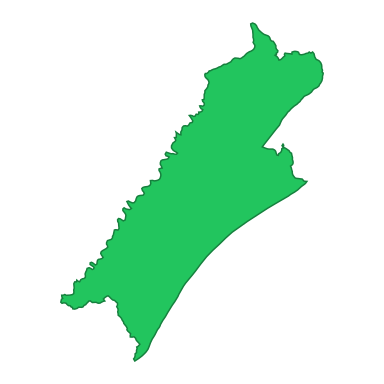 outline of Alto Paraguai, Mato Grosso, Brazil
{"feature_id": "56859067B7364247848985", "entity_name": "Alto Paraguai", "entity_type": "district", "adm_level": 2, "iso_a3": "BRA", "parent_name": "Brazil", "parent_adm1": "Mato Grosso", "projection": "albers", "projection_center": [-56.682, -14.768], "detail": "fine", "context": "isolated", "style": "filled", "palette": "green", "viewbox_px": 384, "rotation_deg": 0, "n_neighbors": 0, "source": "geoboundaries", "source_scale": "gbopen_adm2", "svg_char_len": 5933}
<svg xmlns="http://www.w3.org/2000/svg" viewBox="0 0 384 384"><path d="M283.4,147.4L281.8,148.7L281.7,150.5L280.9,152.1L280.0,152.9L278.8,153.6L278.2,155.4L277.0,155.1L276.1,152.9L275.7,151.3L274.6,150.0L272.9,149.1L271.4,149.1L269.3,149.1L267.6,148.9L265.5,148.2L262.3,146.9L264.3,144.2L276.3,128.9L278.6,126.2L279.5,125.1L280.9,121.8L282.0,119.6L283.0,118.3L285.7,115.2L287.8,112.1L289.4,110.8L290.8,109.1L292.2,107.8L294.3,106.0L297.0,104.2L298.3,102.9L300.0,101.5L301.1,99.8L302.3,98.6L304.1,96.4L305.4,95.7L307.7,94.7L309.3,93.8L311.5,92.0L312.9,90.0L314.4,88.7L315.7,88.2L317.2,87.4L318.9,86.0L319.7,84.2L320.6,83.1L321.9,80.8L322.5,78.1L322.5,76.2L323.0,74.5L323.2,73.1L322.1,72.0L322.5,70.2L321.8,68.3L321.8,66.7L321.6,64.8L320.6,62.5L319.1,60.8L318.0,60.2L316.2,59.4L314.8,57.0L314.0,53.7L312.6,52.0L310.9,53.1L309.2,52.0L308.0,53.1L306.1,53.4L304.4,54.2L301.4,54.8L299.4,54.4L298.5,52.2L297.1,51.6L295.0,51.3L293.7,51.5L292.0,52.1L291.9,54.1L290.6,53.8L286.5,53.4L285.1,53.1L284.4,54.2L284.8,56.0L283.3,57.1L281.8,58.7L280.7,59.6L279.0,60.1L278.3,58.3L276.9,56.5L275.1,55.2L276.4,54.5L276.2,53.2L277.5,52.5L277.9,50.8L276.4,49.0L275.9,47.8L275.9,45.7L274.5,43.2L273.2,41.3L271.5,41.0L270.4,39.7L269.8,37.8L269.1,36.7L268.0,35.8L264.3,34.5L262.9,33.6L261.4,32.4L258.8,30.0L257.3,27.6L256.4,25.5L255.0,24.0L252.6,23.0L250.7,23.9L250.9,25.9L252.6,30.1L253.0,34.3L253.0,37.4L253.5,38.8L253.7,40.7L253.1,42.4L254.9,45.4L254.8,47.0L254.0,48.8L252.5,50.3L250.7,51.3L249.4,51.7L246.6,53.5L244.0,56.3L242.7,57.1L241.5,58.1L239.9,58.7L238.3,58.3L234.9,58.0L233.4,58.8L232.1,60.1L230.9,61.8L226.2,64.3L224.0,64.3L222.7,65.1L220.8,66.5L218.8,67.1L217.3,68.0L215.3,68.8L213.9,69.1L212.1,69.8L210.6,70.7L209.2,70.9L208.4,72.2L206.8,73.5L205.3,73.5L204.8,74.7L205.1,76.7L206.5,78.5L207.7,79.4L208.5,80.8L209.0,82.3L208.7,83.8L208.0,84.9L207.8,86.8L206.6,88.7L204.9,90.7L204.9,92.7L204.2,94.4L204.2,96.2L204.2,98.0L203.9,99.5L202.3,99.8L202.7,101.4L203.9,102.6L204.3,103.9L204.0,105.4L202.4,106.3L201.1,105.8L199.7,105.9L200.2,107.4L201.2,108.8L202.8,109.6L202.0,111.3L200.5,112.0L198.7,112.1L198.9,113.4L198.1,114.4L196.2,114.2L194.9,116.3L193.4,116.4L192.3,115.7L190.6,115.3L189.3,115.5L190.5,117.1L192.8,120.8L192.3,122.4L189.9,123.0L188.7,125.1L187.4,126.1L185.3,125.7L183.5,126.0L182.2,127.5L181.9,130.1L180.8,132.0L180.9,134.8L179.5,134.5L177.9,133.5L176.0,132.1L176.4,133.6L176.2,137.5L174.5,137.6L175.8,140.1L175.1,141.4L173.0,142.9L171.5,145.8L171.5,147.9L172.8,149.9L174.3,151.1L175.5,151.7L177.5,153.1L176.5,154.2L174.8,154.2L173.0,153.6L171.3,153.8L169.3,153.2L166.3,152.2L165.2,154.1L166.1,155.9L167.5,156.2L169.1,157.0L167.9,158.8L166.6,159.2L163.8,159.7L162.3,159.9L160.9,160.9L160.3,162.9L160.4,164.5L161.3,165.9L162.1,168.1L160.3,168.4L159.0,169.0L159.1,170.6L160.2,172.3L160.7,173.8L160.9,175.1L160.6,176.7L160.1,178.3L159.3,179.4L157.8,180.2L156.4,180.6L154.5,180.9L152.4,180.4L150.4,180.6L150.8,183.5L150.1,185.2L148.9,186.0L147.7,186.5L144.7,186.9L143.0,187.4L141.8,188.5L142.5,190.7L143.5,191.7L144.3,193.4L143.2,195.2L139.9,195.5L138.1,196.0L136.9,197.0L136.2,198.7L135.6,200.9L134.1,202.7L132.5,202.9L130.2,202.0L128.4,201.0L126.9,201.5L128.6,204.9L130.0,206.9L131.4,208.5L129.7,209.6L127.6,209.3L125.8,208.9L124.1,207.8L122.9,208.9L122.9,210.6L124.1,212.1L125.3,213.7L125.9,215.3L125.2,219.9L123.3,220.9L120.1,218.8L118.6,218.5L117.6,219.6L117.7,221.4L118.6,223.1L118.7,225.2L119.1,228.5L117.9,230.1L115.9,229.7L114.4,230.0L113.3,235.1L112.5,236.3L112.5,237.7L111.5,239.3L107.5,240.6L106.6,242.5L106.5,244.1L107.3,245.3L107.8,247.1L106.2,248.6L102.4,250.7L101.1,251.9L100.7,253.5L101.6,255.2L103.1,257.4L102.0,258.5L100.1,259.1L98.4,259.4L97.5,260.3L97.1,262.1L97.0,263.9L95.4,265.0L92.6,262.8L91.4,262.3L90.2,262.8L90.1,264.5L93.3,266.7L94.1,267.6L93.6,268.9L92.2,269.5L90.8,268.4L89.1,267.7L87.1,268.4L86.5,270.6L85.7,272.1L85.1,274.0L85.4,275.8L85.3,277.5L84.0,278.5L82.4,278.8L80.8,279.7L79.6,281.8L77.9,281.1L76.8,280.1L76.4,281.8L74.7,281.9L73.8,283.8L74.2,288.1L73.7,290.0L73.9,291.8L73.7,293.6L72.3,294.6L69.9,295.1L66.2,295.3L64.8,294.5L63.3,295.2L61.7,295.2L61.9,297.0L62.7,298.4L61.5,299.2L60.8,302.2L62.0,303.3L64.0,302.8L66.0,303.2L67.1,304.5L68.4,305.6L70.3,305.8L71.1,307.0L72.4,307.4L72.8,308.9L74.8,309.1L77.1,308.4L78.7,307.2L81.8,307.3L83.0,306.9L84.1,305.3L85.7,304.7L86.6,303.4L87.8,302.4L88.6,301.2L90.3,300.9L92.3,302.5L96.0,302.3L98.1,303.2L100.0,303.1L101.5,302.2L103.4,301.3L104.8,301.0L103.4,299.0L104.9,297.5L106.9,296.2L108.2,295.8L109.8,297.2L111.3,298.8L112.8,300.0L114.6,300.4L115.8,301.7L117.5,303.1L117.5,305.1L116.7,306.7L117.9,308.6L118.1,310.3L117.7,311.8L118.1,313.6L118.2,315.3L119.8,316.5L121.4,318.3L122.4,320.5L123.4,321.7L123.8,323.4L124.8,324.7L126.2,326.4L127.3,328.4L126.9,329.8L127.9,331.2L130.6,333.7L130.2,335.3L130.3,337.0L132.1,337.1L134.0,336.8L135.6,338.3L136.1,339.9L137.0,341.1L139.9,344.2L138.2,346.2L136.7,347.0L137.1,348.4L136.5,350.3L136.5,352.6L135.1,353.8L135.1,356.0L134.6,357.6L133.6,358.9L134.8,361.0L138.8,358.4L142.2,355.8L144.7,353.4L146.1,351.9L148.0,349.2L149.0,346.8L150.5,342.7L152.2,339.1L153.7,336.8L154.9,334.8L157.4,329.8L159.1,327.6L159.9,326.2L160.5,324.5L162.8,320.4L165.3,316.8L167.8,312.4L172.2,305.3L174.8,301.6L177.9,296.5L178.9,294.2L183.5,286.1L185.6,283.1L192.6,274.7L195.6,270.9L200.8,263.9L206.6,256.7L212.9,250.2L219.4,244.2L225.7,238.0L232.2,232.2L247.4,221.4L267.7,208.2L275.6,203.5L288.5,196.0L290.6,194.4L294.7,192.0L297.7,189.9L301.4,186.5L303.3,185.1L304.6,184.2L305.7,183.1L306.9,181.4L304.1,181.2L302.1,179.0L300.7,178.9L298.9,178.6L296.8,178.4L295.3,178.1L293.9,176.5L292.7,174.6L292.3,173.0L292.3,171.6L291.7,169.7L291.3,167.9L290.5,166.1L291.6,165.4L292.7,164.2L293.1,163.0L293.0,161.3L292.4,159.5L292.5,157.5L291.9,155.3L291.5,153.2L290.0,152.3L289.1,150.7L286.2,148.7L285.0,148.0L283.4,147.4ZM283.4,147.4L283.7,145.2L283.0,144.1L282.0,145.7L283.4,147.4Z" fill="#22c55e" stroke="#15803d" stroke-width="1.5"/></svg>